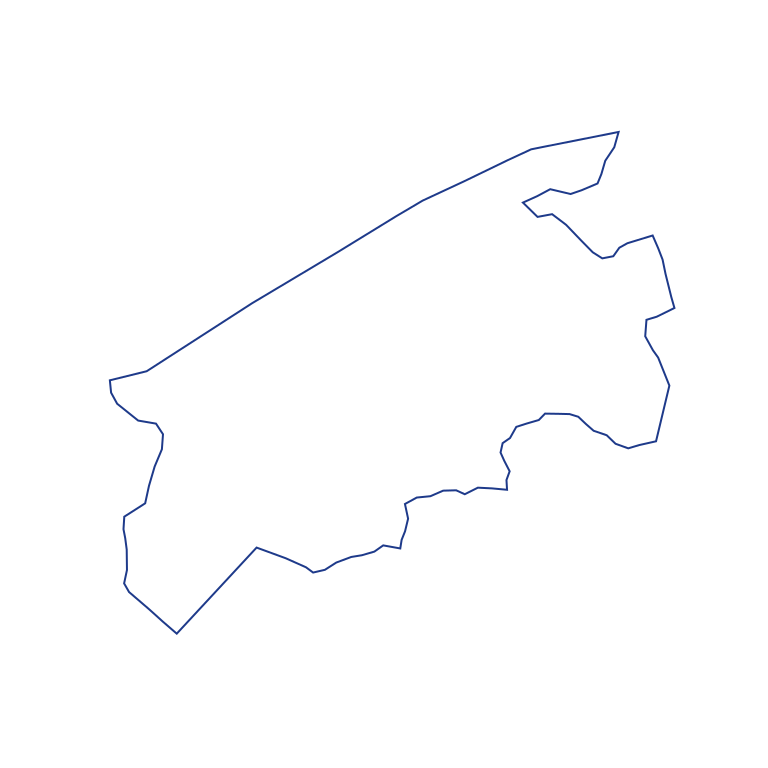 the district of Agrestina, Pernambuco, Brazil, rotated 76°
{"feature_id": "56859067B81432664711223", "entity_name": "Agrestina", "entity_type": "district", "adm_level": 2, "iso_a3": "BRA", "parent_name": "Brazil", "parent_adm1": "Pernambuco", "projection": "orthographic", "projection_center": [-35.937, -8.459], "detail": "fine", "context": "isolated", "style": "outline", "palette": "blue", "viewbox_px": 768, "rotation_deg": 76, "n_neighbors": 0, "source": "geoboundaries", "source_scale": "gbopen_adm2", "svg_char_len": 1417}
<svg xmlns="http://www.w3.org/2000/svg" viewBox="0 0 768 768"><g transform="rotate(76 384 384)"><path d="M454.6,107.5L424.7,111.6L416.3,114.9L400.9,119.0L385.2,113.8L384.7,103.1L380.5,83.8L369.1,84.2L359.1,84.2L345.3,84.2L330.7,83.6L318.7,85.1L304.9,87.4L306.3,113.8L308.7,122.7L315.5,130.6L314.9,141.8L306.7,149.6L292.6,157.9L273.6,168.8L259.9,179.8L259.0,194.6L241.6,205.3L238.8,189.9L235.2,175.6L244.8,157.0L243.8,145.4L241.1,128.3L232.9,122.3L220.9,115.3L210.0,103.3L196.2,95.4L192.5,171.3L191.9,184.5L196.8,210.0L206.8,257.7L215.4,302.1L224.1,331.4L244.9,397.2L273.7,492.4L314.2,611.2L314.1,649.1L326.4,650.9L338.6,647.7L360.0,631.4L367.3,614.8L379.3,610.6L393.6,615.3L408.6,626.5L426.0,636.7L442.0,644.6L449.9,668.1L461.9,671.9L471.0,672.4L482.4,673.7L502.3,678.4L514.6,684.4L524.2,681.7L545.9,666.3L560.9,656.2L576.1,645.5L511.9,547.2L529.3,521.5L543.0,504.0L549.8,498.4L550.0,486.3L545.7,473.5L543.9,457.6L544.8,446.9L544.3,433.9L540.4,423.8L547.5,408.0L539.5,404.6L532.0,399.2L520.5,393.2L505.5,392.7L502.1,379.7L504.1,366.1L501.8,352.4L504.6,339.7L510.5,332.3L507.3,318.0L511.4,304.5L516.4,290.2L506.8,288.4L499.1,283.2L487.6,285.9L478.7,287.5L470.1,283.2L466.9,274.8L457.6,266.0L456.9,255.3L456.4,242.5L451.7,234.9L455.5,220.6L458.1,211.2L462.8,203.4L471.6,197.8L480.1,191.9L487.6,180.3L498.0,173.8L505.5,162.6L505.0,151.0L505.4,133.9L454.6,107.5Z" fill="none" stroke="#1e3a8a" stroke-width="2"/></g></svg>